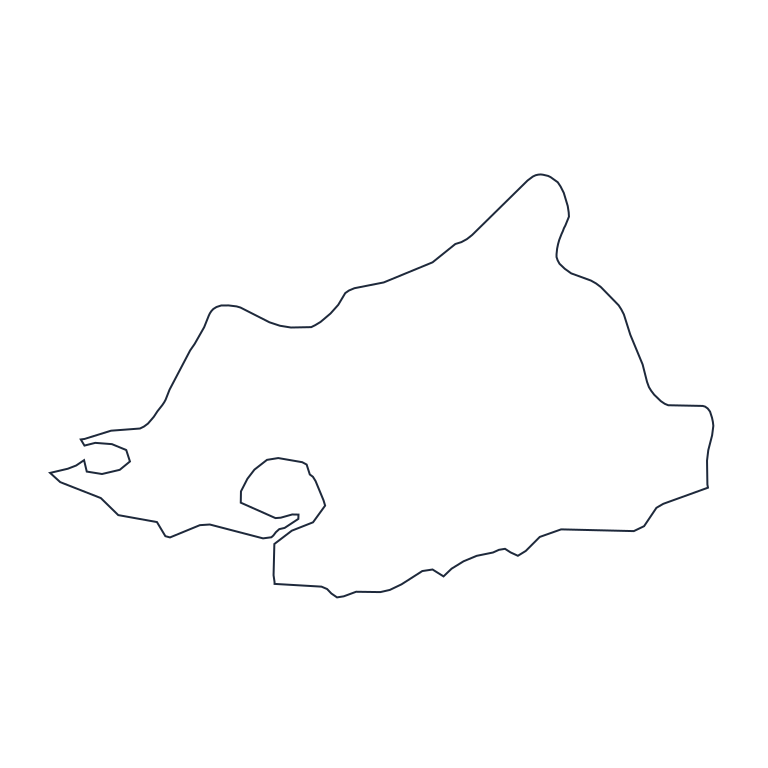 map outline of Bizerte (Albers equal-area conic projection), rotated 182°
{"feature_id": "TUN-105", "entity_name": "Bizerte", "entity_type": "Governorate", "adm_level": 1, "iso_a3": "TUN", "parent_name": "Tunisia", "parent_adm1": "", "projection": "albers", "projection_center": [9.659, 37.035], "detail": "fine", "context": "isolated", "style": "outline", "palette": "slate", "viewbox_px": 768, "rotation_deg": 182, "n_neighbors": 0, "source": "natural_earth", "source_scale": "10m", "svg_char_len": 2228}
<svg xmlns="http://www.w3.org/2000/svg" viewBox="0 0 768 768"><g transform="rotate(182 384 384)"><path d="M56.6,291.7L100.7,274.0L107.4,269.8L119.1,251.0L129.2,245.7L201.9,244.9L223.0,236.6L236.5,222.1L244.2,217.0L251.6,220.1L257.3,223.5L263.3,222.3L269.2,219.4L285.4,215.5L298.3,209.6L310.0,201.8L317.8,193.8L329.0,200.3L339.2,198.4L359.5,184.4L371.0,178.4L380.4,175.9L404.6,175.4L416.8,170.4L423.5,169.1L429.3,172.8L433.7,177.1L439.4,179.3L486.4,180.4L486.5,182.4L487.7,189.0L488.0,220.3L471.0,234.2L450.1,243.3L438.6,260.4L440.4,265.7L449.0,284.6L451.8,288.8L455.0,291.0L458.5,300.8L463.0,303.0L487.1,306.3L498.3,304.1L510.5,293.9L517.2,284.5L523.2,271.7L523.0,260.4L487.8,246.2L482.5,246.8L471.2,250.4L464.9,250.5L464.9,246.2L478.3,236.7L483.6,235.3L486.9,232.1L489.3,228.7L491.2,226.9L499.5,225.5L553.2,237.5L563.1,236.5L592.5,223.2L597.2,224.3L606.1,238.1L645.0,243.7L663.0,260.1L704.1,274.6L714.6,283.5L697.0,288.3L688.8,291.8L681.1,297.4L678.0,286.1L662.7,284.2L645.1,289.0L635.2,297.7L639.3,309.0L653.8,314.4L670.5,315.1L681.2,312.0L685.1,318.0L681.5,318.6L655.2,327.8L626.3,331.0L622.4,333.1L618.5,336.2L612.9,343.2L609.5,348.8L604.8,355.2L603.0,358.1L601.7,360.7L598.1,370.9L578.9,410.8L574.6,417.5L565.7,434.5L561.5,446.2L560.5,448.5L559.1,450.8L557.2,453.0L554.1,455.1L549.4,456.8L542.1,457.1L534.0,456.4L530.1,455.4L500.7,441.7L490.1,438.6L479.0,437.2L458.7,438.3L454.8,440.4L449.6,443.8L439.9,452.6L432.5,461.5L425.9,473.5L422.3,476.2L416.9,478.7L387.8,485.5L339.7,507.3L317.6,526.4L311.6,528.5L306.2,531.7L301.1,536.0L247.6,592.4L242.5,596.5L239.8,597.9L237.2,598.6L234.7,598.9L232.4,598.7L227.3,597.7L224.8,596.6L217.4,591.7L214.4,587.5L211.0,581.3L206.6,568.3L205.4,562.0L205.0,557.7L208.3,548.7L209.6,546.0L210.6,543.0L211.8,540.1L213.9,534.1L214.9,530.0L215.7,525.3L216.1,519.7L216.0,516.9L214.8,513.7L212.8,510.3L207.4,505.5L200.8,501.1L180.8,494.6L175.6,491.9L170.6,488.4L152.2,470.8L149.5,466.9L146.7,461.9L139.6,441.9L126.2,412.5L121.2,395.3L119.1,390.1L116.7,386.5L113.6,382.7L106.7,376.5L102.7,374.0L99.2,372.7L64.7,373.2L62.3,372.6L59.6,370.8L57.2,367.8L55.0,361.7L54.0,357.6L53.4,353.7L54.3,344.1L57.6,329.2L58.5,318.7L57.3,294.8L56.6,291.7Z" fill="none" stroke="#1e293b" stroke-width="2"/></g></svg>